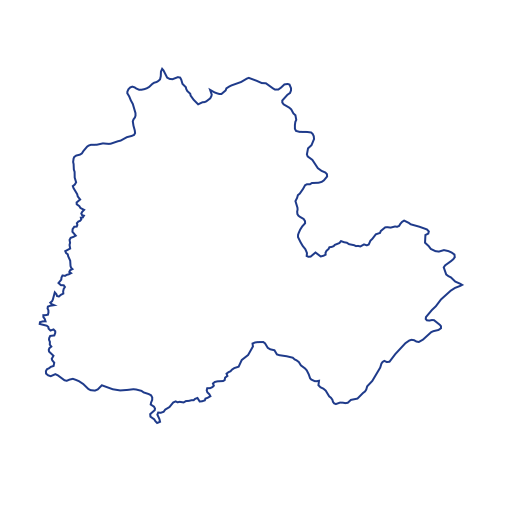 Ibiá, Minas Gerais, Brazil (Natural Earth projection), rotated 276°
{"feature_id": "56859067B12379511984109", "entity_name": "Ibiá", "entity_type": "district", "adm_level": 2, "iso_a3": "BRA", "parent_name": "Brazil", "parent_adm1": "Minas Gerais", "projection": "natural_earth1", "projection_center": [-46.592, -19.604], "detail": "fine", "context": "isolated", "style": "outline", "palette": "blue", "viewbox_px": 512, "rotation_deg": 276, "n_neighbors": 0, "source": "geoboundaries", "source_scale": "gbopen_adm2", "svg_char_len": 5998}
<svg xmlns="http://www.w3.org/2000/svg" viewBox="0 0 512 512"><g transform="rotate(276 256 256)"><path d="M122.8,365.4L124.8,371.8L130.9,376.7L132.7,378.6L134.7,379.6L138.0,380.2L143.9,384.7L158.0,391.2L162.2,392.0L163.9,393.0L165.1,394.6L164.2,397.2L164.8,399.8L173.2,404.9L184.9,413.7L188.0,417.3L188.9,419.4L188.8,422.0L187.7,424.4L187.5,426.9L190.3,430.8L198.6,438.2L199.8,440.3L201.5,445.2L203.5,447.5L205.5,447.3L206.7,446.1L210.8,439.7L210.7,437.6L209.9,435.2L209.9,432.7L211.1,431.4L213.0,431.4L220.7,436.6L224.8,440.1L232.1,444.5L241.9,453.3L245.1,457.3L247.6,462.2L248.8,464.0L249.8,461.8L251.4,456.8L255.1,452.1L256.1,449.4L257.5,447.1L264.3,443.9L266.5,445.1L271.4,450.6L273.5,452.6L275.6,453.8L278.2,453.2L279.9,450.2L281.0,446.8L281.5,442.3L279.5,437.4L279.6,433.9L281.3,429.1L283.9,426.7L286.9,422.7L294.6,422.3L296.3,425.0L298.5,425.3L300.3,423.2L302.2,415.4L303.7,406.5L304.9,404.5L306.7,399.6L305.2,397.7L303.1,396.2L300.9,395.2L299.8,393.3L299.9,391.2L298.3,386.9L298.4,383.6L298.0,381.5L293.9,377.5L291.9,376.9L290.1,372.9L285.2,369.9L283.2,368.2L279.2,366.9L278.2,365.1L278.8,362.2L276.4,358.8L276.7,356.5L276.3,354.4L277.0,352.4L277.5,347.2L278.7,345.0L278.9,342.1L279.7,339.0L277.6,337.6L275.3,333.2L273.9,332.2L272.9,330.2L272.4,328.1L270.5,327.4L268.6,325.6L266.5,324.8L264.6,325.1L263.3,323.1L262.3,320.4L265.7,314.8L261.1,310.4L260.7,308.2L261.3,306.4L264.2,306.4L266.3,305.3L268.0,304.3L270.9,301.4L274.3,298.9L279.2,295.8L281.5,295.6L283.5,296.1L286.9,297.2L290.3,298.9L293.7,301.4L295.8,301.1L297.8,299.5L299.6,295.5L300.5,294.0L302.0,292.8L304.4,292.3L306.5,292.5L308.3,292.2L314.7,289.5L318.1,290.8L320.9,291.3L322.6,293.0L327.7,295.8L331.5,297.4L332.7,299.2L333.0,302.2L334.4,303.9L335.4,310.6L336.6,313.6L338.3,315.6L342.5,318.4L344.8,318.0L346.3,316.2L347.5,312.3L349.8,308.3L357.5,302.0L360.4,297.0L362.4,296.0L368.5,296.5L372.0,299.6L378.4,301.5L381.2,300.9L383.3,299.6L384.6,297.9L384.7,294.0L384.0,286.3L384.6,282.7L386.6,281.4L390.4,281.0L393.5,281.1L395.6,281.8L400.1,280.5L401.7,278.3L405.5,275.7L407.0,273.6L409.7,267.6L411.4,266.1L413.4,265.9L419.6,270.4L421.7,272.8L424.3,273.5L426.5,273.3L430.0,271.4L430.4,269.5L429.6,266.3L426.1,263.3L423.9,260.8L423.5,257.5L424.4,255.5L428.8,247.8L428.6,243.6L430.3,238.4L432.4,230.2L431.5,228.4L427.5,223.0L423.1,213.8L421.7,211.6L419.6,209.0L417.5,208.5L413.5,204.7L413.3,202.5L413.7,200.3L414.4,197.6L416.4,193.0L411.9,195.1L410.3,194.9L408.0,194.0L404.6,190.4L403.7,188.8L403.3,186.7L400.8,182.6L404.9,177.6L408.7,174.2L410.5,173.6L412.9,170.4L414.9,169.1L416.5,168.6L419.5,164.9L423.6,163.2L425.5,161.9L425.7,159.6L423.1,154.5L423.1,151.6L424.1,149.0L430.9,144.6L432.3,143.1L429.5,142.2L424.9,142.5L421.6,142.1L419.8,140.5L418.6,138.9L417.7,136.6L416.3,134.9L413.0,132.1L411.4,129.9L410.3,127.6L409.4,124.8L409.1,122.4L410.1,119.3L411.0,117.7L411.5,115.3L410.5,113.3L408.5,111.7L406.0,110.9L404.4,111.0L401.5,113.2L397.6,115.3L394.3,117.6L385.5,121.2L383.0,121.5L381.1,121.1L379.1,119.9L377.0,119.4L372.8,120.5L368.2,122.3L365.6,122.9L363.7,122.1L362.4,119.8L360.7,115.2L356.6,109.3L355.7,106.7L352.5,99.8L352.1,97.9L352.0,92.0L350.0,86.0L349.3,80.1L348.3,78.0L347.1,76.6L342.4,73.4L339.8,72.1L338.4,70.3L337.1,66.7L335.5,64.9L333.9,64.4L330.4,64.3L328.3,65.0L323.0,65.8L320.7,66.8L315.0,67.5L310.5,69.4L308.1,68.3L306.4,66.5L304.5,67.4L298.8,71.7L296.6,72.5L293.8,75.2L290.5,72.0L288.7,72.3L287.1,75.1L285.4,76.4L283.9,80.2L281.9,78.6L280.0,77.8L278.4,78.8L278.1,80.6L276.2,79.7L275.8,77.8L274.1,78.4L272.6,77.4L271.7,75.7L269.9,74.4L268.2,75.1L266.5,74.6L266.1,72.2L263.5,70.8L260.9,70.9L257.4,74.6L255.9,72.4L254.7,69.8L252.5,68.9L249.7,69.7L247.5,69.4L244.0,70.4L240.9,65.8L239.1,66.8L238.0,68.6L236.2,69.2L231.9,71.7L226.6,72.6L224.9,73.4L223.8,74.8L222.4,72.6L220.6,72.0L219.6,73.8L218.2,71.7L217.5,69.8L216.3,68.2L216.4,65.6L214.3,64.8L212.1,64.8L208.5,62.4L206.6,65.0L206.8,67.8L205.2,69.2L203.2,68.2L200.7,67.9L198.5,68.3L197.0,66.0L195.1,64.2L195.4,62.3L197.1,61.5L198.8,59.7L191.4,58.5L189.7,57.9L188.1,56.3L186.8,57.7L186.0,60.3L185.0,56.5L183.9,54.3L182.0,54.2L180.3,55.2L178.1,55.5L175.9,55.2L175.2,53.1L174.9,50.7L173.1,50.9L171.3,52.5L169.0,53.5L168.7,50.8L167.6,48.1L165.8,48.0L164.8,55.2L163.7,56.9L162.1,57.3L160.4,59.4L161.8,62.3L160.2,64.2L158.6,64.4L155.9,63.7L155.0,59.7L152.8,58.9L151.1,58.9L149.1,60.0L146.3,60.2L144.5,61.9L142.7,60.1L141.0,59.7L139.3,60.2L135.6,65.0L132.4,63.6L130.9,64.3L128.8,66.5L125.5,66.2L124.3,63.5L122.8,62.0L121.5,59.9L119.5,59.1L117.1,59.5L115.6,61.7L115.0,64.4L117.5,68.8L116.6,71.4L112.4,78.5L112.1,80.8L113.6,83.5L114.7,86.7L114.0,89.7L113.0,93.0L110.6,97.6L106.2,103.2L105.3,105.5L105.3,109.9L106.8,112.6L111.3,116.2L108.5,127.5L108.1,135.0L109.4,142.3L110.7,148.0L110.7,150.8L109.9,156.2L108.6,158.5L107.5,163.7L106.5,166.2L104.4,167.6L102.0,167.8L99.4,167.0L97.3,166.8L95.5,170.3L93.7,171.5L92.1,171.4L87.7,167.3L85.2,167.8L82.9,171.9L81.2,173.2L79.6,175.1L81.1,177.9L83.7,177.0L87.9,174.5L90.1,175.1L90.1,177.6L91.4,180.4L93.8,181.8L96.7,185.7L101.7,189.0L103.0,191.3L102.3,193.3L103.0,195.3L102.8,199.3L104.4,201.5L104.9,204.4L105.9,207.1L106.1,209.1L107.5,210.3L108.7,212.6L105.4,215.2L105.9,217.6L107.1,220.2L108.9,220.6L109.9,222.7L111.8,225.3L113.7,224.0L115.3,221.9L117.3,221.0L119.4,221.3L119.8,224.3L121.1,226.4L122.6,227.6L124.7,226.5L126.4,228.2L127.3,230.7L128.2,236.3L129.3,237.8L131.8,238.0L133.7,240.1L135.9,239.0L137.6,240.8L138.7,242.7L140.5,244.0L142.3,246.2L144.1,250.3L151.1,252.7L156.7,258.5L165.7,262.4L168.6,261.7L169.9,264.1L170.5,266.5L171.2,272.2L170.1,274.1L165.9,277.3L164.7,279.9L164.2,284.2L160.3,287.1L159.8,289.6L159.5,297.0L158.7,303.2L157.2,305.2L156.5,307.2L155.0,309.7L151.9,312.1L149.3,316.5L147.6,318.4L143.7,320.9L140.0,322.6L138.9,323.9L137.7,327.4L137.8,329.4L138.5,331.7L134.0,331.6L132.2,333.8L131.1,336.9L129.4,339.4L124.0,343.5L122.9,345.3L121.0,347.0L119.0,347.8L117.6,349.1L117.1,350.9L119.0,354.9L119.2,357.8L119.0,360.2L119.6,362.6L122.8,365.4Z" fill="none" stroke="#1e3a8a" stroke-width="2"/></g></svg>